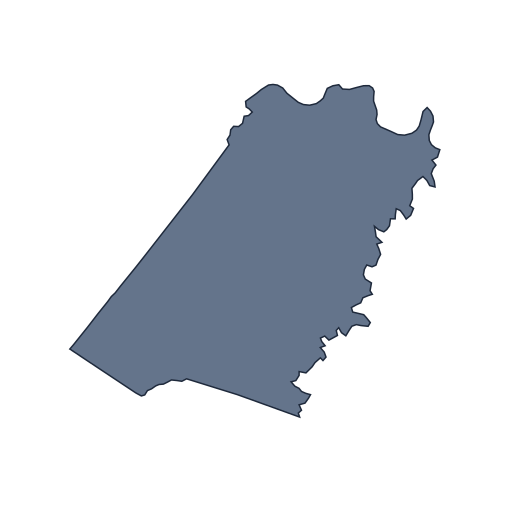 outline of Engenheiro Beltrão, Paraná, Brazil, rotated 350°
{"feature_id": "56859067B7078612877165", "entity_name": "Engenheiro Beltrão", "entity_type": "district", "adm_level": 2, "iso_a3": "BRA", "parent_name": "Brazil", "parent_adm1": "Paraná", "projection": "mercator", "projection_center": [-52.222, -23.762], "detail": "fine", "context": "isolated", "style": "filled", "palette": "slate", "viewbox_px": 512, "rotation_deg": 350, "n_neighbors": 0, "source": "geoboundaries", "source_scale": "gbopen_adm2", "svg_char_len": 2414}
<svg xmlns="http://www.w3.org/2000/svg" viewBox="0 0 512 512"><g transform="rotate(350 256 256)"><path d="M367.3,101.7L361.3,101.7L355.3,103.3L351.7,108.9L349.7,112.2L346.2,114.4L341.9,116.4L335.0,116.8L329.0,115.1L324.3,112.0L314.7,101.1L311.5,95.2L306.8,91.4L302.5,90.0L298.0,89.8L290.1,93.0L284.8,96.0L277.7,99.4L272.6,101.9L272.2,107.5L274.9,110.0L277.3,113.6L273.0,116.4L268.6,116.3L265.8,123.0L261.3,125.5L256.5,124.4L253.0,127.3L251.4,132.4L247.8,136.3L248.8,141.9L204.1,184.6L172.7,212.9L145.6,237.3L136.3,245.6L117.2,262.2L110.9,267.9L106.5,270.8L102.0,275.2L90.0,285.7L77.6,297.0L65.4,307.7L61.1,311.5L56.5,315.3L74.6,332.6L113.9,370.0L118.8,373.9L122.3,373.5L125.7,369.7L130.0,368.7L134.7,366.5L138.2,365.7L142.6,366.1L147.0,364.8L151.2,363.4L156.8,365.0L161.2,366.5L166.3,364.9L213.6,389.3L271.0,422.2L270.4,418.0L274.0,415.8L272.6,410.0L278.7,409.4L282.9,405.3L285.6,402.0L281.2,399.9L277.3,397.3L275.4,393.8L271.7,391.0L268.7,386.0L273.6,385.6L277.7,381.1L278.4,377.3L284.9,379.8L289.1,376.9L292.0,374.9L295.6,371.2L301.7,367.5L303.8,370.6L307.4,367.7L306.5,362.5L303.4,357.3L308.5,356.4L305.9,351.7L305.2,348.0L309.8,346.8L313.2,351.5L322.4,348.4L322.1,343.2L325.0,341.0L326.9,346.4L330.6,350.2L334.6,345.6L338.2,341.8L342.9,341.0L347.2,342.7L354.2,344.7L357.0,341.4L353.8,335.6L351.9,332.5L348.0,330.8L341.5,328.0L341.0,323.3L346.3,321.5L351.0,320.3L354.0,315.7L359.6,314.5L363.9,313.9L362.3,310.0L365.0,302.6L359.6,297.7L358.5,293.2L360.4,288.0L363.5,284.1L368.4,286.8L372.6,285.8L375.4,280.7L379.0,276.0L378.2,270.0L377.0,265.2L382.4,264.4L377.6,257.9L377.8,253.5L377.8,247.3L381.2,251.3L386.1,254.4L389.3,252.7L392.7,249.4L394.9,242.7L399.5,243.6L400.5,239.3L402.3,233.8L406.0,236.3L408.5,241.2L410.3,245.7L415.4,242.8L419.4,236.5L416.1,233.2L419.9,227.1L420.7,222.4L421.3,216.4L425.7,212.3L428.2,209.7L434.2,206.7L437.4,211.3L439.3,216.8L444.3,219.1L444.5,213.3L442.9,205.3L445.6,200.8L449.0,197.7L445.9,192.1L451.9,190.1L455.5,183.2L451.3,180.6L448.1,176.8L446.7,172.3L447.3,166.6L449.7,162.2L452.0,158.5L454.1,154.8L454.6,148.9L453.0,143.7L450.3,139.5L445.6,142.7L442.1,150.7L439.3,156.4L435.9,159.9L430.9,162.2L423.3,162.8L416.6,161.0L410.3,156.6L401.1,150.5L398.5,146.7L397.9,142.5L399.8,137.6L400.2,133.2L398.7,123.9L399.5,119.6L400.9,114.4L400.0,110.8L397.0,107.9L391.5,107.0L384.4,107.5L377.0,108.2L370.2,106.6L367.3,101.7Z" fill="#64748b" stroke="#1e293b" stroke-width="1.5"/></g></svg>